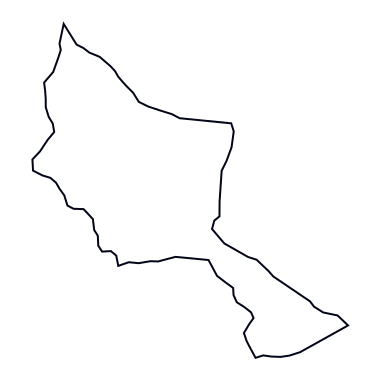 Tenório, Paraíba, Brazil, rotated 92°
{"feature_id": "56859067B37048912753214", "entity_name": "Tenório", "entity_type": "district", "adm_level": 2, "iso_a3": "BRA", "parent_name": "Brazil", "parent_adm1": "Paraíba", "projection": "orthographic", "projection_center": [-36.622, -6.947], "detail": "fine", "context": "isolated", "style": "outline", "palette": "ink", "viewbox_px": 384, "rotation_deg": 92, "n_neighbors": 0, "source": "geoboundaries", "source_scale": "gbopen_adm2", "svg_char_len": 1256}
<svg xmlns="http://www.w3.org/2000/svg" viewBox="0 0 384 384"><g transform="rotate(92 192 192)"><path d="M130.0,152.4L122.0,155.2L118.7,206.9L114.9,214.8L111.7,226.5L108.1,238.8L103.8,248.3L95.0,254.2L88.8,260.8L84.0,265.5L79.3,269.8L73.8,273.2L69.0,278.0L60.1,289.1L56.3,299.4L51.9,305.6L48.7,312.5L28.5,326.1L48.4,329.6L54.6,328.1L61.8,330.1L76.9,334.9L87.8,343.6L96.1,342.3L103.3,341.5L112.5,341.1L122.0,337.8L128.3,333.6L136.8,331.8L145.1,338.2L156.7,345.3L165.0,352.6L176.2,351.6L180.6,342.2L182.8,334.0L187.6,328.1L193.1,324.7L199.9,319.5L209.9,316.0L212.9,309.8L212.9,299.8L217.6,295.0L222.6,290.1L233.5,288.4L239.0,284.6L248.9,283.8L254.7,279.8L253.9,271.0L258.2,265.5L268.4,263.1L264.4,252.7L265.0,242.8L262.6,231.1L262.6,223.4L260.2,215.6L257.4,206.2L259.4,173.1L274.9,164.1L280.8,155.9L286.5,147.5L293.5,146.9L300.6,143.4L305.1,135.8L310.2,128.8L315.8,126.1L322.2,130.3L331.1,135.2L339.3,132.1L345.8,128.4L355.5,122.7L352.8,115.1L353.7,106.8L353.7,97.8L352.1,88.9L348.3,78.4L319.9,31.4L310.3,42.2L307.8,56.7L302.4,66.0L297.2,70.2L273.6,107.8L268.5,112.6L257.4,125.1L255.0,133.7L242.3,157.9L228.3,170.7L219.8,168.7L215.4,163.7L200.5,164.1L169.7,163.1L159.8,158.6L145.8,154.0L130.0,152.4Z" fill="none" stroke="#020617" stroke-width="2"/></g></svg>